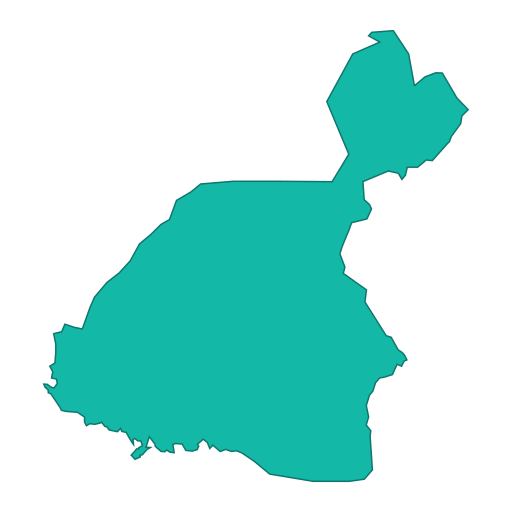 the district of Odou, Larnaca, Cyprus
{"feature_id": "46923920B76521760601459", "entity_name": "Odou", "entity_type": "district", "adm_level": 2, "iso_a3": "CYP", "parent_name": "Cyprus", "parent_adm1": "Larnaca", "projection": "robinson", "projection_center": [33.154, 34.895], "detail": "fine", "context": "isolated", "style": "filled", "palette": "teal", "viewbox_px": 512, "rotation_deg": 0, "n_neighbors": 0, "source": "geoboundaries", "source_scale": "gbopen_adm2", "svg_char_len": 2278}
<svg xmlns="http://www.w3.org/2000/svg" viewBox="0 0 512 512"><path d="M368.6,35.8L379.8,42.1L352.8,53.9L326.8,101.6L348.8,154.2L332.1,181.7L280.3,181.3L232.9,181.3L200.6,184.0L199.0,185.4L198.2,186.0L191.0,191.9L176.5,200.4L169.5,219.5L160.9,224.5L150.6,234.7L139.5,243.9L136.0,250.4L133.3,255.2L130.2,260.9L119.2,272.9L106.9,282.5L94.5,297.2L89.9,307.8L82.6,328.2L82.1,329.0L79.5,328.4L74.1,327.3L64.9,324.2L61.7,331.7L53.7,333.7L55.8,344.4L55.8,352.4L54.9,363.0L49.8,366.2L52.8,371.8L51.8,376.3L51.6,378.1L56.4,379.0L57.3,383.5L54.0,388.0L51.1,387.1L47.2,384.3L43.8,384.1L45.0,387.1L48.1,389.9L48.3,392.8L50.8,393.7L59.9,407.2L61.4,410.3L66.2,411.4L72.3,411.9L77.6,412.3L82.2,415.5L84.5,416.9L84.6,422.3L86.5,425.7L89.8,423.7L94.7,424.3L100.0,423.1L101.5,422.2L104.8,426.3L106.9,426.9L109.2,430.0L117.4,431.7L120.6,428.4L121.8,431.4L123.9,431.9L126.3,432.5L129.5,438.4L131.6,441.7L133.5,444.5L133.4,442.3L132.9,439.6L134.9,438.5L137.7,440.8L140.9,441.0L142.4,445.7L138.6,447.8L138.6,448.8L136.6,448.9L134.3,451.8L131.2,455.1L135.0,459.3L140.2,457.0L140.1,455.0L142.2,454.9L146.1,450.5L146.7,449.7L150.4,447.5L146.0,447.2L149.3,436.7L154.9,444.0L155.3,446.4L161.0,451.4L164.8,451.7L166.7,450.0L169.8,452.1L174.2,452.7L172.9,444.6L175.3,443.5L182.2,444.1L185.8,450.4L192.3,451.1L197.2,449.6L198.7,446.1L197.4,444.2L201.6,440.7L203.2,439.1L207.4,442.6L209.8,448.5L212.8,445.1L220.2,451.5L225.6,449.4L231.3,451.4L236.6,450.8L242.0,453.0L254.0,461.1L269.7,474.1L313.1,481.3L349.4,481.3L364.3,479.2L371.0,471.5L372.4,470.0L370.1,436.0L370.8,430.8L366.2,425.0L368.6,417.0L366.3,405.5L369.4,395.4L372.9,391.0L375.5,382.8L379.6,378.0L384.8,377.0L392.4,374.6L397.1,364.3L401.6,366.2L404.0,361.1L406.9,359.9L404.5,355.1L402.4,352.7L398.1,349.8L391.2,337.3L386.2,335.7L364.9,301.9L366.5,289.9L343.3,273.4L344.9,267.2L339.9,253.8L342.1,246.7L347.2,234.2L349.0,230.1L351.6,222.7L366.9,218.9L371.5,209.0L369.6,204.7L364.2,199.7L362.9,181.6L388.3,171.0L398.3,173.2L401.9,179.4L405.4,175.3L407.3,167.2L417.6,167.2L423.2,162.6L426.1,160.0L432.3,160.6L447.5,143.5L449.4,141.7L451.3,136.5L460.7,123.6L461.9,115.9L468.2,109.7L456.9,98.0L442.3,73.0L435.7,72.8L425.0,76.9L414.6,85.6L414.4,85.5L408.6,53.9L393.3,30.7L371.8,32.3L368.6,35.8Z" fill="#14b8a6" stroke="#0f766e" stroke-width="1.5"/></svg>